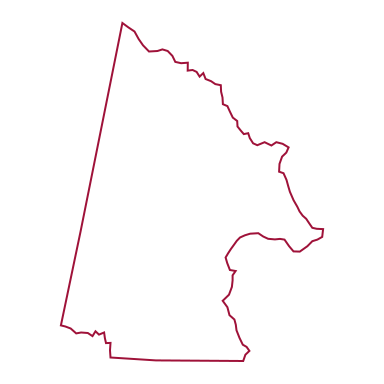 São Domingos do Cariri, Paraíba, Brazil (Natural Earth projection)
{"feature_id": "56859067B21904800653931", "entity_name": "São Domingos do Cariri", "entity_type": "district", "adm_level": 2, "iso_a3": "BRA", "parent_name": "Brazil", "parent_adm1": "Paraíba", "projection": "natural_earth1", "projection_center": [-36.372, -7.576], "detail": "fine", "context": "isolated", "style": "outline", "palette": "rose", "viewbox_px": 384, "rotation_deg": 0, "n_neighbors": 0, "source": "geoboundaries", "source_scale": "gbopen_adm2", "svg_char_len": 1485}
<svg xmlns="http://www.w3.org/2000/svg" viewBox="0 0 384 384"><path d="M323.1,229.1L316.7,228.8L312.3,227.8L309.0,223.0L306.2,218.8L302.7,215.7L299.6,211.5L297.4,206.9L293.6,200.3L289.9,191.8L288.3,186.4L286.5,179.9L283.5,173.2L279.1,171.7L279.5,163.9L282.1,156.6L286.3,152.6L288.6,147.4L282.6,143.8L276.3,142.2L271.4,145.5L264.6,142.2L257.3,145.2L253.1,143.3L249.8,138.1L248.2,133.2L243.8,134.1L240.7,130.5L237.5,126.5L237.2,121.0L232.8,117.6L229.8,111.4L227.4,106.1L222.9,104.2L222.5,97.5L221.1,91.7L220.8,85.2L215.3,84.1L211.1,81.2L205.6,79.0L203.3,73.1L199.6,76.6L196.6,71.9L192.6,70.0L187.7,70.6L187.8,62.7L181.1,63.2L175.3,61.9L172.4,55.9L167.7,51.0L162.4,49.4L157.5,51.0L149.0,51.5L143.0,45.3L138.7,39.1L134.5,31.5L128.4,27.4L122.4,23.0L80.5,231.8L60.9,325.4L65.4,326.5L70.7,328.5L76.2,333.4L81.1,332.5L87.8,333.0L92.5,336.1L95.5,331.3L99.0,334.6L104.1,332.5L104.9,338.2L106.0,343.1L110.5,342.9L110.0,350.4L110.5,357.5L155.9,360.4L243.2,361.0L245.4,354.7L249.4,350.9L246.6,346.9L242.8,344.7L239.5,337.9L236.5,330.3L235.8,324.7L234.4,319.5L229.5,315.2L227.4,307.2L222.7,300.8L229.0,294.7L231.9,286.9L232.6,280.4L232.6,275.3L235.6,271.0L229.9,270.0L227.2,263.0L225.6,257.5L228.1,253.3L230.9,249.0L233.8,245.0L236.8,240.8L240.0,237.5L244.9,235.3L250.1,233.7L258.3,233.2L263.2,236.5L268.1,238.8L274.9,239.4L280.0,238.9L284.5,239.6L289.1,246.2L293.5,251.4L299.8,251.6L307.4,246.2L312.3,241.2L317.4,239.6L322.2,236.9L323.1,229.1Z" fill="none" stroke="#9f1239" stroke-width="2"/></svg>